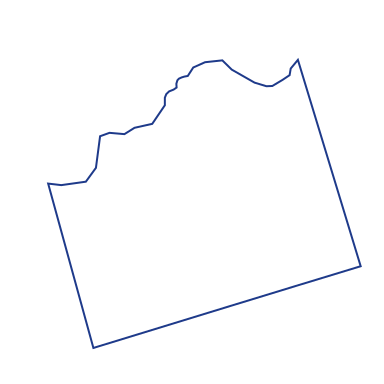 outline of Sullivan, Indiana, United States of America, rotated 73°
{"feature_id": "52423323B15974038514354", "entity_name": "Sullivan", "entity_type": "district", "adm_level": 2, "iso_a3": "USA", "parent_name": "United States of America", "parent_adm1": "Indiana", "projection": "equal_earth", "projection_center": [-87.538, 39.081], "detail": "fine", "context": "isolated", "style": "outline", "palette": "blue", "viewbox_px": 384, "rotation_deg": 73, "n_neighbors": 0, "source": "geoboundaries", "source_scale": "gbopen_adm2", "svg_char_len": 620}
<svg xmlns="http://www.w3.org/2000/svg" viewBox="0 0 384 384"><g transform="rotate(73 192 192)"><path d="M312.2,120.6L312.3,52.4L246.5,52.3L96.6,52.1L102.8,61.5L108.8,64.5L111.3,72.8L114.1,84.2L112.6,89.9L105.7,100.2L86.6,118.2L75.0,124.5L73.6,131.7L71.7,141.6L73.3,154.4L79.8,162.1L79.4,165.5L79.4,168.4L79.8,171.4L80.9,173.3L83.9,175.3L87.6,176.2L88.7,179.7L89.1,184.5L90.9,188.0L93.9,190.4L101.1,192.6L115.2,210.1L113.8,228.2L116.9,239.7L111.3,253.6L111.8,263.6L140.8,276.8L151.1,290.5L147.2,315.0L141.9,327.1L312.3,331.9L312.3,327.0L312.2,188.9L312.2,120.6Z" fill="none" stroke="#1e3a8a" stroke-width="2"/></g></svg>